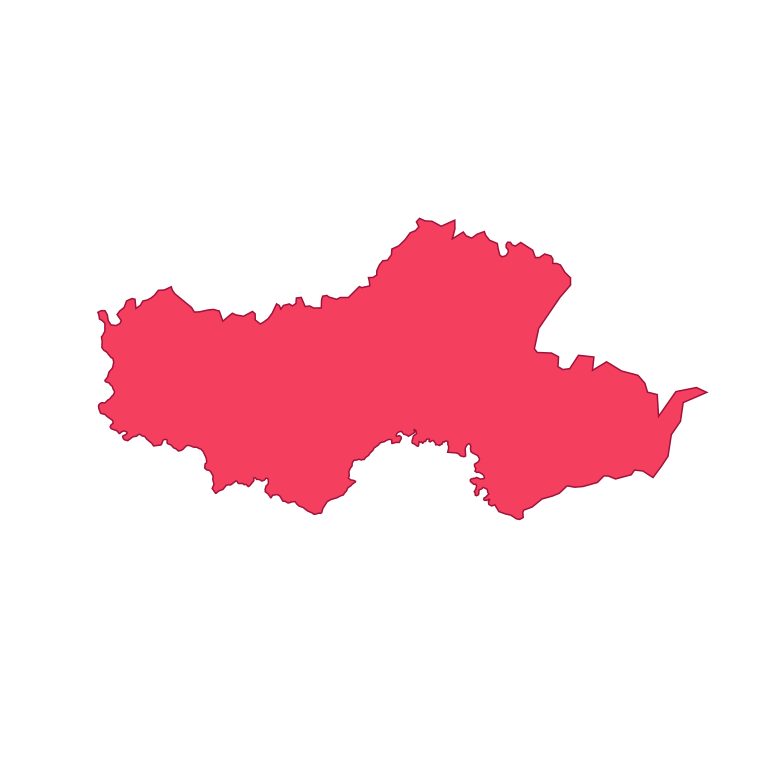 outline of Zémio, Haut-Mbomou, Central African Republic, rotated 38°
{"feature_id": "33826404B4042011562142", "entity_name": "Zémio", "entity_type": "district", "adm_level": 2, "iso_a3": "CAF", "parent_name": "Central African Republic", "parent_adm1": "Haut-Mbomou", "projection": "natural_earth1", "projection_center": [25.196, 5.379], "detail": "fine", "context": "isolated", "style": "filled", "palette": "rose", "viewbox_px": 768, "rotation_deg": 38, "n_neighbors": 0, "source": "geoboundaries", "source_scale": "gbopen_adm2", "svg_char_len": 6170}
<svg xmlns="http://www.w3.org/2000/svg" viewBox="0 0 768 768"><g transform="rotate(38 384 384)"><path d="M653.6,292.1L653.2,277.9L652.3,266.1L641.6,247.0L640.6,230.9L631.2,214.4L643.5,191.9L632.4,194.4L618.7,210.3L620.3,240.5L605.8,224.1L596.7,228.2L589.1,222.8L578.8,220.8L563.2,227.5L545.7,229.5L539.9,244.9L532.8,233.5L519.6,241.6L520.9,257.6L516.0,262.5L510.4,263.2L504.8,255.1L496.9,256.5L485.4,264.8L480.8,263.7L471.7,244.9L469.3,207.5L470.1,191.2L465.6,185.5L458.0,184.7L449.8,181.6L446.0,182.6L442.7,185.1L440.2,181.6L436.7,180.3L430.6,182.6L428.6,188.7L425.4,191.2L418.8,187.0L404.6,188.3L402.7,194.4L399.2,195.5L396.4,194.5L394.1,196.2L394.4,198.9L396.2,201.2L399.3,201.9L400.9,203.9L401.1,207.8L398.7,211.1L395.9,211.1L390.5,207.0L386.8,203.5L378.7,205.7L372.7,204.3L369.2,202.1L365.2,208.5L363.3,215.0L357.5,216.7L352.9,215.4L348.5,227.5L344.4,218.1L338.9,211.3L331.9,224.5L321.7,226.2L315.9,230.2L310.0,231.6L309.7,236.3L314.7,238.7L314.4,243.8L311.5,248.8L311.8,257.3L310.6,266.1L307.1,272.8L310.3,277.6L310.6,284.3L307.1,287.7L307.1,293.1L308.6,299.2L311.2,302.6L309.7,306.9L306.2,309.7L309.1,312.0L312.4,315.4L307.1,321.8L304.6,322.4L302.7,337.7L296.3,342.7L294.6,346.4L287.0,349.4L284.4,349.4L281.6,352.6L283.1,356.3L287.7,362.6L281.9,367.4L277.5,368.2L274.1,371.5L265.5,366.7L262.0,370.2L265.0,374.7L263.8,378.8L260.1,379.2L256.4,384.0L256.6,388.5L253.2,386.6L250.0,387.0L252.3,397.0L252.5,403.9L250.8,410.0L249.5,412.8L243.1,412.8L239.2,408.0L235.7,407.8L231.6,417.1L224.6,420.8L220.9,421.6L218.3,433.7L209.2,427.9L203.6,430.3L200.0,433.7L194.2,440.7L190.3,444.1L185.3,442.2L163.8,441.7L159.5,440.4L156.5,438.3L153.0,445.2L148.5,449.1L148.5,455.4L147.4,459.9L145.7,463.6L142.9,467.0L143.6,472.0L142.0,477.2L135.6,470.5L132.8,471.8L130.0,477.0L132.1,483.7L130.8,489.1L130.9,493.6L138.0,495.8L138.6,499.0L136.9,502.9L132.4,505.5L127.6,503.8L123.5,499.9L119.0,498.0L116.0,500.3L114.4,503.7L116.7,505.0L119.8,508.0L122.8,507.5L126.7,508.0L131.5,514.2L132.4,518.9L132.4,520.9L135.6,523.9L139.3,529.0L142.4,529.9L145.8,529.6L152.7,531.2L154.6,530.8L157.5,533.1L159.7,537.4L160.2,539.3L159.9,543.8L161.8,548.5L162.0,550.9L161.8,552.5L162.1,553.3L163.4,553.6L166.8,552.4L169.0,553.1L170.9,553.0L174.3,555.1L175.9,555.5L176.8,556.6L177.4,559.3L177.1,561.1L177.1,564.6L176.2,566.8L175.9,570.0L175.5,571.0L173.1,572.4L172.4,573.8L172.1,576.0L172.6,577.1L174.6,579.1L178.7,581.5L183.3,579.7L185.6,580.1L192.6,579.8L194.7,581.6L194.1,584.2L194.6,586.4L196.5,587.2L202.4,585.3L205.8,586.1L206.3,585.4L206.6,583.4L207.9,581.2L208.8,580.6L211.2,580.3L211.7,580.8L211.8,582.7L210.3,585.3L210.4,586.3L212.1,587.5L214.0,587.7L217.0,586.4L218.6,580.3L221.1,577.5L221.6,575.2L222.7,573.8L225.2,573.9L227.9,572.6L230.7,573.5L237.6,573.7L240.5,574.7L245.7,569.5L245.7,567.9L244.5,564.4L244.9,563.2L246.6,561.7L247.8,561.8L249.3,564.0L250.2,564.2L253.8,563.2L257.6,563.8L260.3,563.1L263.2,563.4L264.8,561.6L265.7,559.6L266.3,554.6L267.1,553.2L269.3,552.0L272.6,551.1L275.7,549.0L277.7,548.8L279.9,548.0L282.9,548.5L289.3,551.7L291.9,554.1L292.7,556.0L292.2,557.0L294.4,560.6L297.2,560.9L298.9,559.9L300.9,559.6L306.0,561.8L308.0,564.8L311.8,567.7L312.9,572.1L318.6,573.8L319.1,573.2L319.6,570.1L322.0,566.2L322.1,561.0L323.4,559.1L324.7,558.6L325.5,557.4L327.0,551.6L328.0,551.2L330.5,552.1L334.0,549.3L335.6,549.5L337.5,547.8L339.0,548.4L340.4,548.2L340.8,546.8L341.0,540.6L340.6,539.7L339.3,538.6L339.3,538.1L340.4,537.1L342.3,537.6L344.2,536.3L345.7,535.7L347.0,535.9L347.8,535.3L349.0,533.3L349.0,531.1L349.8,530.3L350.6,530.1L352.1,531.1L354.0,533.5L354.3,534.6L353.8,536.8L355.2,540.3L356.0,540.8L356.6,542.0L360.5,542.0L364.8,543.4L365.1,543.0L364.7,540.3L368.0,536.8L371.0,536.4L376.4,538.6L378.2,537.4L381.5,536.9L382.4,536.2L383.8,533.8L386.4,531.4L389.2,532.3L392.3,532.5L396.2,531.1L401.8,531.1L407.1,529.8L408.7,529.9L410.0,529.0L412.1,526.0L413.7,524.9L414.1,523.7L412.4,519.7L411.7,511.6L413.4,507.6L417.0,502.6L418.6,499.0L420.3,496.4L420.0,494.5L420.3,491.4L419.4,488.0L420.5,484.8L420.7,482.5L421.8,478.7L421.4,478.2L419.3,478.7L416.7,480.1L413.8,480.0L413.2,477.8L410.2,474.5L409.3,471.1L409.3,468.3L407.6,465.8L407.2,462.7L409.2,460.9L410.6,458.7L413.0,457.8L413.6,456.7L414.9,455.7L414.7,453.2L415.8,449.7L415.5,447.5L416.1,443.0L415.6,440.6L417.0,436.0L417.3,432.4L419.7,429.4L421.2,425.8L422.6,424.0L424.6,423.4L426.6,425.9L427.0,425.9L429.3,422.8L432.0,420.7L431.3,416.9L430.8,415.7L430.0,415.2L427.9,415.1L426.5,417.2L425.5,417.5L424.6,415.1L424.9,413.1L426.8,410.6L430.6,411.4L433.7,410.1L435.4,410.2L438.0,403.5L437.3,402.0L436.0,402.0L436.0,401.1L437.8,401.1L440.2,403.0L439.2,406.8L441.1,411.4L442.2,412.9L443.0,413.2L444.6,412.6L448.3,412.5L449.2,412.0L449.2,411.4L447.2,407.8L448.5,407.5L449.4,406.5L450.8,407.0L451.1,406.7L451.0,404.5L452.1,403.7L451.6,401.6L452.8,399.9L453.7,399.5L454.6,401.3L455.2,401.5L456.1,401.1L456.7,399.0L457.7,398.2L461.2,399.1L462.2,400.1L463.6,398.8L465.7,398.2L465.9,397.0L466.7,395.9L466.1,393.2L467.1,392.8L467.6,391.1L468.5,390.4L469.9,390.2L471.3,392.1L473.3,393.4L474.6,395.1L476.2,398.6L483.3,393.9L485.4,393.1L488.6,393.5L491.3,392.4L492.4,391.3L492.6,390.4L487.7,384.9L486.9,381.7L487.4,379.1L488.6,378.4L490.9,379.7L491.7,381.5L494.2,383.8L496.1,383.8L501.9,382.7L505.3,384.1L506.1,385.9L506.2,387.3L504.7,391.5L505.7,392.8L508.7,394.4L509.3,396.7L511.5,396.6L513.2,395.0L517.5,394.4L519.1,394.8L521.0,396.2L521.0,396.9L518.8,399.4L514.4,400.7L513.8,402.3L512.6,403.2L511.1,405.3L511.0,406.3L511.7,407.3L512.9,407.7L516.5,407.8L518.1,406.6L519.8,407.4L521.1,410.4L521.4,413.2L522.9,413.9L524.4,415.4L525.7,415.1L526.5,413.3L526.4,412.4L524.3,409.3L524.3,408.6L525.6,406.5L525.6,404.8L526.4,404.2L530.3,403.5L532.6,405.6L534.3,406.1L533.8,410.5L533.0,412.4L534.0,413.8L534.8,413.8L536.3,412.7L537.7,410.2L538.6,410.4L538.6,412.3L540.6,414.3L543.8,413.9L545.8,411.0L553.1,413.8L559.8,411.6L564.5,409.3L571.4,408.7L574.3,407.2L575.9,403.5L572.6,399.9L571.7,397.5L576.5,389.7L579.3,377.3L585.8,368.5L589.4,362.1L591.0,351.5L597.7,348.0L603.9,342.3L612.8,330.2L613.9,320.9L617.7,318.3L624.9,316.3L634.7,303.3L634.4,297.6L641.5,293.2L653.6,292.1Z" fill="#f43f5e" stroke="#9f1239" stroke-width="1.5"/></g></svg>